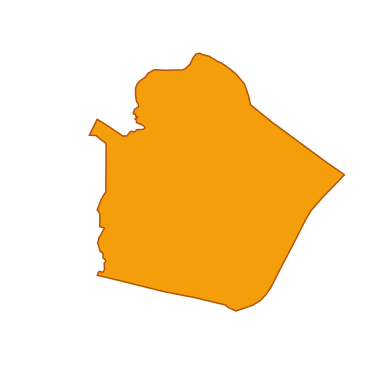 the district of Ashaiman Municipal, Greater Accra, Ghana, rotated 35°
{"feature_id": "2480657B85535261310615", "entity_name": "Ashaiman Municipal", "entity_type": "district", "adm_level": 2, "iso_a3": "GHA", "parent_name": "Ghana", "parent_adm1": "Greater Accra", "projection": "mercator", "projection_center": [-0.044, 5.699], "detail": "fine", "context": "isolated", "style": "filled", "palette": "amber", "viewbox_px": 384, "rotation_deg": 35, "n_neighbors": 0, "source": "geoboundaries", "source_scale": "gbopen_adm2", "svg_char_len": 1731}
<svg xmlns="http://www.w3.org/2000/svg" viewBox="0 0 384 384"><g transform="rotate(35 192 192)"><path d="M211.4,295.4L226.0,289.8L247.6,280.2L254.4,277.1L284.2,265.4L288.0,265.8L296.2,264.3L306.5,250.2L308.8,245.0L310.2,241.7L311.4,233.8L311.4,225.3L309.0,208.8L305.4,180.6L301.0,149.8L300.2,139.2L302.0,121.6L305.5,100.4L307.0,90.5L282.5,90.5L258.1,89.9L217.3,88.9L189.9,87.0L183.2,80.8L172.9,73.4L160.3,70.1L152.0,69.4L142.4,69.5L138.6,70.2L128.0,71.0L121.5,73.5L118.8,73.8L116.2,76.5L115.9,81.1L117.1,88.7L115.6,95.2L114.4,97.0L113.5,98.2L108.6,101.4L100.6,107.4L91.7,113.0L90.1,115.0L87.9,120.1L87.8,125.0L86.0,129.6L85.4,131.6L85.3,136.1L86.3,139.4L90.2,145.0L94.7,149.8L97.1,150.5L98.3,151.5L99.3,153.2L98.4,154.8L97.7,157.1L97.9,159.3L98.6,160.7L99.2,161.7L100.0,160.9L101.4,161.0L102.3,162.2L103.9,161.9L104.5,162.0L104.5,162.6L103.9,162.9L103.6,163.9L103.4,164.8L104.8,164.7L106.6,167.0L110.0,166.2L113.0,165.6L115.5,165.7L116.7,166.8L116.2,168.5L114.3,170.2L111.8,171.9L111.0,172.9L110.7,175.1L110.0,176.1L107.1,177.2L106.8,178.8L106.6,183.2L104.0,185.2L103.3,186.0L101.4,185.8L79.8,186.3L72.6,186.9L75.4,204.4L81.1,200.7L85.1,201.3L91.7,201.4L93.3,201.7L94.7,202.8L98.6,208.4L121.4,241.4L121.4,246.1L122.0,250.7L124.4,260.0L124.8,261.3L125.8,261.2L129.4,263.2L136.4,273.4L140.9,271.6L141.3,272.6L141.0,273.6L141.7,277.7L142.0,280.3L141.8,282.4L142.2,283.7L143.0,284.9L143.9,287.9L146.9,290.1L151.1,293.6L151.9,293.1L153.5,293.3L155.3,294.1L156.1,296.1L157.6,297.3L158.8,297.1L160.4,297.6L161.1,298.3L161.0,299.8L161.0,300.9L163.4,304.0L164.3,304.7L164.9,306.5L165.1,307.6L164.9,309.1L161.6,310.1L161.4,311.8L161.7,312.5L162.3,314.6L167.9,312.2L211.4,295.4Z" fill="#f59e0b" stroke="#b45309" stroke-width="1.5"/></g></svg>